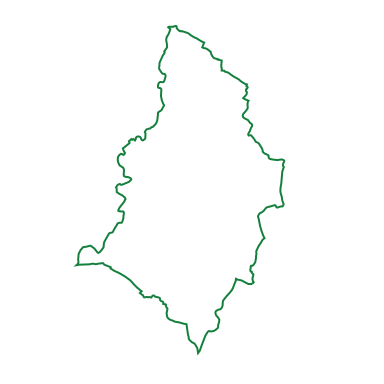 the district of Chaiyo, Ang Thong, Thailand, rotated 27°
{"feature_id": "78962969B91278990376837", "entity_name": "Chaiyo", "entity_type": "district", "adm_level": 2, "iso_a3": "THA", "parent_name": "Thailand", "parent_adm1": "Ang Thong", "projection": "natural_earth1", "projection_center": [100.458, 14.673], "detail": "fine", "context": "isolated", "style": "outline", "palette": "green", "viewbox_px": 384, "rotation_deg": 27, "n_neighbors": 0, "source": "geoboundaries", "source_scale": "gbopen_adm2", "svg_char_len": 6058}
<svg xmlns="http://www.w3.org/2000/svg" viewBox="0 0 384 384"><g transform="rotate(27 192 192)"><path d="M277.6,200.2L275.2,198.5L271.3,194.8L268.2,191.5L263.6,185.6L262.0,184.0L261.8,183.2L261.8,181.1L262.0,180.3L263.3,178.5L264.4,176.4L265.2,172.4L265.8,171.6L271.8,166.1L272.5,166.1L274.4,167.3L275.2,167.1L277.6,164.6L279.2,163.7L279.4,162.4L279.1,161.4L278.9,160.9L276.4,158.7L274.2,155.6L271.3,152.5L270.3,151.0L268.9,147.9L267.9,144.5L263.3,133.1L263.0,131.8L262.5,128.2L262.2,127.8L261.1,127.3L260.6,126.5L260.3,124.6L260.3,123.0L260.0,122.3L259.4,122.0L257.6,122.1L256.9,122.4L253.6,124.8L249.8,126.2L246.7,127.1L245.7,127.1L244.8,126.6L244.3,126.0L243.8,124.9L243.6,124.7L243.2,124.6L239.1,124.7L237.1,124.2L236.5,123.7L236.2,123.0L234.8,121.6L229.7,118.5L228.6,118.2L226.0,118.3L223.0,116.4L219.1,114.7L218.3,114.9L217.0,115.9L216.4,115.7L215.8,114.9L215.7,114.5L215.9,111.7L215.5,108.6L215.6,106.2L215.4,105.4L215.0,104.7L214.2,104.3L212.2,104.0L209.2,102.5L205.4,102.5L204.2,102.3L203.3,101.9L202.4,100.6L202.2,99.2L203.1,95.9L203.6,92.9L203.5,91.8L201.5,88.4L200.8,86.0L200.9,85.0L197.0,85.3L195.0,85.1L196.1,81.3L196.2,80.3L196.1,79.4L195.6,78.1L194.4,77.6L193.8,76.7L193.6,75.9L193.7,75.5L194.2,74.9L194.1,73.6L194.0,73.3L193.7,73.2L192.7,73.2L192.3,72.9L192.2,71.2L190.8,71.6L189.0,71.5L185.5,71.2L182.4,70.4L176.3,70.2L170.1,69.2L166.5,69.8L165.8,69.3L163.3,70.3L162.4,68.2L161.4,67.4L160.6,65.9L158.8,61.4L154.9,62.3L154.9,61.9L151.0,62.7L150.2,62.6L147.7,61.3L145.4,59.3L145.0,58.5L143.8,58.4L141.0,57.8L139.7,57.8L138.6,57.9L137.6,58.3L135.5,58.5L135.0,53.3L132.1,53.5L126.3,53.0L123.5,53.2L119.9,52.9L117.1,52.3L115.9,52.3L110.6,53.1L109.8,53.6L108.9,53.6L108.6,54.1L108.0,54.2L105.6,53.7L103.8,52.8L103.4,51.8L102.9,51.4L102.6,51.3L102.0,51.5L100.7,52.8L100.1,53.1L100.1,53.4L96.5,55.2L96.2,55.5L96.0,56.0L98.8,56.8L99.4,61.4L99.3,63.9L99.0,65.0L99.3,65.6L99.4,66.9L100.2,68.6L102.2,71.2L103.6,73.4L104.1,74.5L103.5,79.5L104.2,79.8L104.4,81.3L104.1,82.7L104.0,83.8L104.4,91.2L104.6,92.0L105.5,94.0L106.3,96.3L107.1,97.4L110.9,99.6L112.5,99.9L113.7,99.3L114.5,99.4L115.4,100.0L116.0,101.0L116.8,105.3L116.8,106.5L116.5,107.1L116.2,107.4L113.9,108.3L113.2,109.1L113.0,110.1L113.0,111.3L113.6,113.1L114.1,114.0L114.8,114.3L115.1,114.4L116.3,113.9L117.1,113.9L118.1,114.5L120.8,120.6L123.6,124.1L126.5,126.6L127.5,127.2L127.8,127.7L127.7,129.9L127.7,132.5L127.3,133.7L126.0,135.7L125.7,136.8L126.9,139.3L127.1,140.6L127.6,141.3L128.5,143.9L128.8,145.8L128.8,147.7L128.6,148.6L128.1,150.0L127.6,151.6L126.3,153.0L126.0,154.3L124.9,155.1L123.0,157.0L122.7,159.3L122.8,160.1L124.0,160.9L124.4,161.9L125.1,163.2L125.4,164.2L126.0,165.3L126.0,166.0L125.1,168.0L124.8,168.3L123.9,168.5L123.1,168.2L121.9,167.1L120.8,166.5L120.0,166.5L118.3,167.2L117.7,168.1L117.4,169.1L117.9,170.6L117.8,172.0L115.7,171.4L115.0,172.6L113.9,172.4L113.6,173.6L112.8,174.9L112.8,175.4L112.9,175.7L114.1,176.5L114.1,176.9L110.6,184.6L112.7,186.5L114.6,187.7L114.7,187.9L114.2,190.0L113.3,189.9L112.9,190.2L112.2,190.0L111.4,190.2L111.2,190.8L110.7,191.4L110.4,192.3L110.2,194.3L110.3,194.9L111.2,196.9L112.4,198.7L114.8,200.8L115.8,201.2L119.6,201.6L120.7,202.4L121.6,203.6L123.5,208.0L124.0,208.6L124.3,208.7L125.3,208.7L126.9,208.3L128.4,207.7L129.1,207.6L131.1,207.6L131.7,207.9L132.1,208.2L132.1,209.0L131.2,211.6L127.2,216.3L126.0,217.6L125.1,217.8L124.1,217.6L123.1,218.6L122.4,219.9L122.2,222.4L122.7,222.6L123.3,223.2L125.0,226.2L128.4,226.7L130.7,226.6L132.7,226.9L134.8,227.5L136.0,228.6L135.8,229.5L136.0,230.8L135.9,231.9L134.6,238.3L134.5,240.7L134.7,241.9L135.1,242.3L136.1,242.1L138.4,241.2L139.4,240.6L139.7,240.6L140.5,241.2L140.8,241.6L141.5,243.2L141.7,244.5L142.3,245.4L142.8,246.6L143.2,249.0L143.4,250.7L143.2,251.3L142.9,251.6L141.3,252.3L140.0,253.8L140.0,255.6L139.6,259.3L139.6,263.7L139.1,264.5L137.4,265.8L137.0,266.5L136.9,267.1L136.5,276.1L136.9,278.0L138.0,280.6L138.3,281.6L137.8,284.7L137.1,287.4L136.3,288.7L135.5,288.9L130.7,286.7L129.3,286.4L126.1,285.9L125.7,286.1L122.6,288.8L120.9,289.9L120.0,290.7L119.1,294.3L119.1,298.6L121.2,303.8L122.6,305.9L122.8,306.4L122.9,307.9L122.3,309.6L124.1,308.2L133.6,302.9L135.6,301.2L136.7,300.7L139.1,300.0L141.6,298.0L145.0,295.8L146.7,296.5L148.8,296.4L153.7,295.9L153.9,296.1L154.1,297.1L158.1,297.5L164.5,297.3L170.8,297.7L175.8,298.5L177.9,299.0L182.2,300.7L186.8,302.2L187.7,302.3L190.2,303.0L192.2,303.3L191.4,305.6L193.8,306.2L195.1,306.2L196.7,307.5L197.2,307.6L197.7,307.4L199.0,306.2L200.7,305.7L202.0,304.8L203.5,304.6L203.7,304.2L203.8,302.8L204.2,302.0L204.8,301.6L205.2,301.5L206.7,302.0L210.2,301.1L211.4,301.1L212.8,302.8L213.4,303.1L214.6,303.2L215.4,303.0L216.2,303.1L216.7,303.6L217.2,304.8L219.3,304.1L219.8,304.1L220.0,304.9L220.6,305.2L221.5,306.4L222.9,306.9L223.3,307.6L224.3,311.3L226.1,314.0L226.6,314.5L228.1,315.4L229.7,315.7L230.8,315.7L233.9,315.3L235.2,315.4L240.3,313.9L244.0,313.2L247.1,312.3L253.1,320.8L254.7,322.5L255.7,324.2L256.8,324.9L258.4,325.4L260.3,325.9L262.9,325.9L264.2,326.5L267.4,328.6L268.2,329.5L270.5,332.7L271.0,329.8L270.4,325.5L269.2,314.6L269.2,312.9L269.5,309.6L269.8,308.8L270.2,308.2L270.6,308.0L272.2,307.7L274.2,306.2L275.0,305.2L276.0,303.3L276.7,301.5L276.6,300.5L275.7,298.6L275.2,295.7L274.3,293.3L272.2,292.0L270.0,291.2L268.9,290.4L267.9,289.4L267.4,288.1L267.4,287.3L267.7,286.6L269.1,284.7L270.2,283.9L270.7,283.2L270.9,282.5L271.1,281.1L270.8,279.2L269.5,276.4L269.1,274.8L269.1,274.1L270.1,269.1L271.4,264.4L272.0,261.5L272.1,258.9L271.6,255.1L271.4,251.8L271.3,251.3L270.7,249.9L270.6,249.3L272.4,249.4L275.4,248.5L276.4,248.3L284.0,248.4L286.8,247.0L287.0,246.4L287.8,245.3L288.0,244.5L287.8,244.3L286.6,243.7L286.5,243.4L285.5,242.2L284.8,240.7L284.8,239.7L284.1,237.5L282.3,237.0L281.4,235.9L280.7,236.2L280.3,236.1L279.4,235.1L279.1,234.5L278.6,232.5L278.1,231.6L278.1,231.1L278.2,230.8L279.4,230.2L279.7,229.6L280.1,227.5L280.2,225.6L278.9,221.5L278.2,220.3L277.6,218.0L276.4,216.2L276.1,215.3L275.9,210.2L276.4,206.2L276.5,203.1L276.9,201.6L277.6,200.2Z" fill="none" stroke="#15803d" stroke-width="2"/></g></svg>